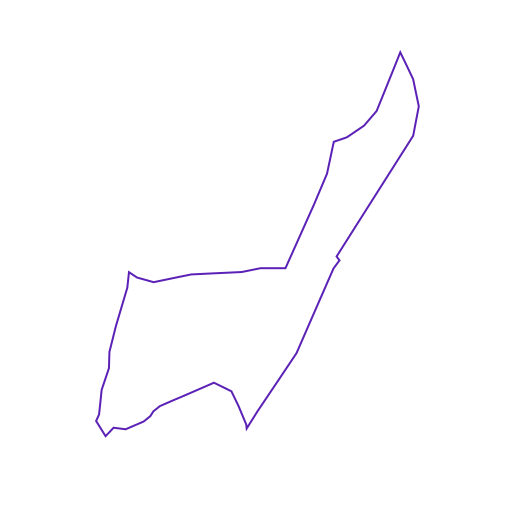 Zaqaziq 2, Ash Sharqiyah, Egypt (Robinson projection), rotated 347°
{"feature_id": "37247803B33284186287576", "entity_name": "Zaqaziq 2", "entity_type": "district", "adm_level": 2, "iso_a3": "EGY", "parent_name": "Egypt", "parent_adm1": "Ash Sharqiyah", "projection": "robinson", "projection_center": [31.509, 30.601], "detail": "fine", "context": "isolated", "style": "outline", "palette": "violet", "viewbox_px": 512, "rotation_deg": 347, "n_neighbors": 0, "source": "geoboundaries", "source_scale": "gbopen_adm2", "svg_char_len": 947}
<svg xmlns="http://www.w3.org/2000/svg" viewBox="0 0 512 512"><g transform="rotate(347 256 256)"><path d="M208.1,422.0L222.9,407.3L250.5,381.5L254.1,378.1L273.6,359.8L286.0,343.1L298.3,326.5L306.1,316.0L328.7,285.6L336.4,279.0L334.4,274.6L357.9,251.4L360.0,249.3L436.2,174.2L443.3,158.1L448.3,146.8L448.7,127.0L448.9,119.1L445.4,103.2L442.4,90.0L431.7,105.4L406.2,141.8L390.6,153.3L371.2,160.8L357.5,162.2L343.7,191.8L324.0,219.0L306.8,241.7L285.3,270.1L282.0,274.5L276.8,273.3L266.7,271.0L257.7,268.9L238.5,268.4L235.7,267.9L211.0,263.4L188.8,259.4L173.4,259.0L160.5,258.7L150.4,258.5L135.2,250.2L128.6,243.2L123.5,257.9L103.6,293.0L96.0,307.9L91.6,316.5L87.5,332.2L75.5,351.7L71.5,363.4L67.4,375.2L63.1,380.8L68.9,397.7L78.6,391.3L90.0,395.5L109.3,392.0L117.1,388.2L121.0,384.3L128.7,380.6L142.8,378.0L148.0,377.1L160.2,374.9L186.5,370.0L201.6,382.3L205.2,398.1L208.6,418.0L208.1,422.0Z" fill="none" stroke="#5b21b6" stroke-width="2"/></g></svg>